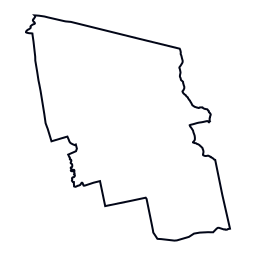 outline of Babaita, Teleorman, Romania
{"feature_id": "2599482B60473454525777", "entity_name": "Babaita", "entity_type": "district", "adm_level": 2, "iso_a3": "ROU", "parent_name": "Romania", "parent_adm1": "Teleorman", "projection": "albers", "projection_center": [25.418, 44.126], "detail": "fine", "context": "isolated", "style": "outline", "palette": "ink", "viewbox_px": 256, "rotation_deg": 0, "n_neighbors": 0, "source": "geoboundaries", "source_scale": "gbopen_adm2", "svg_char_len": 5377}
<svg xmlns="http://www.w3.org/2000/svg" viewBox="0 0 256 256"><path d="M179.7,48.7L139.2,38.8L70.9,21.9L65.6,21.4L64.1,21.1L48.0,17.4L44.5,16.5L39.0,15.7L36.5,15.5L34.6,15.4L34.9,15.7L35.0,16.0L35.1,16.3L35.1,16.9L35.0,17.1L34.3,18.0L34.1,18.6L33.3,19.2L33.1,19.5L32.9,20.2L32.9,20.5L33.3,21.2L33.5,21.6L34.0,21.9L34.1,22.1L34.3,22.2L34.5,22.5L34.8,23.0L34.9,23.4L34.8,23.6L34.7,23.7L34.5,23.9L34.0,24.1L33.6,24.2L33.2,24.4L32.6,24.6L31.9,25.1L30.9,25.9L30.7,26.1L30.6,26.4L30.5,26.7L30.7,27.0L30.7,27.4L30.6,27.8L30.5,28.0L30.4,28.2L29.4,28.9L28.9,29.3L28.3,29.5L27.4,30.1L26.7,30.7L26.4,31.1L26.2,31.4L26.1,31.7L26.0,31.9L26.0,32.3L26.5,32.6L27.2,32.8L29.0,33.2L30.8,33.3L31.3,33.3L31.9,33.4L32.4,33.5L32.6,35.3L33.5,41.5L35.2,56.6L35.3,60.6L37.2,71.9L38.5,80.5L39.4,84.8L40.6,91.1L44.3,114.0L45.6,123.2L47.1,127.3L47.6,128.5L48.7,132.1L51.5,141.3L65.9,137.0L67.4,136.6L69.0,140.3L69.4,141.5L70.3,142.8L71.1,143.4L72.6,144.2L74.7,145.1L75.8,144.5L76.9,148.6L76.0,151.2L68.2,154.6L69.4,157.2L69.7,157.3L69.8,157.5L69.9,157.9L69.9,158.5L69.8,159.1L69.9,159.3L70.0,159.4L70.1,159.5L70.5,159.3L70.9,159.7L71.1,159.9L71.3,160.5L71.3,160.8L71.3,161.1L71.0,161.8L70.7,162.5L70.7,163.0L70.8,163.2L70.9,163.4L71.5,163.7L71.9,164.1L72.1,164.3L72.3,165.8L72.2,166.5L72.0,166.8L71.9,167.0L71.8,167.3L71.6,167.4L71.4,167.5L71.0,167.4L70.8,167.6L70.7,167.9L70.8,168.2L70.9,168.5L71.4,169.2L72.0,169.5L72.1,169.8L71.9,170.1L71.5,170.2L71.1,170.2L71.0,170.3L70.9,170.4L71.1,170.8L71.1,171.0L71.3,171.1L71.7,171.2L73.2,171.2L73.4,171.0L73.6,170.8L73.6,170.7L73.4,170.3L73.4,170.1L73.5,169.9L73.8,169.8L74.1,169.9L74.2,170.0L74.3,170.3L74.4,170.5L74.4,171.2L74.3,171.8L74.2,172.7L74.3,172.9L74.5,173.1L74.6,173.6L74.6,173.8L74.1,174.2L74.0,174.3L74.1,174.6L74.8,175.1L74.9,175.4L74.9,175.6L74.6,176.4L74.2,176.9L73.9,177.1L73.4,177.1L73.1,177.2L72.3,177.7L72.2,177.9L72.3,178.1L72.0,178.6L72.2,179.3L72.2,179.6L71.9,180.7L72.0,180.9L72.7,181.6L72.8,182.0L73.3,182.3L73.5,182.3L73.6,182.1L73.9,182.1L73.9,183.2L73.9,183.5L73.9,184.4L74.0,184.8L74.1,186.1L74.1,186.4L74.9,186.7L75.6,186.8L78.0,185.7L78.4,185.7L79.9,185.1L80.2,184.9L80.2,184.7L80.7,184.2L80.9,183.9L81.3,183.3L81.5,183.0L81.6,182.8L82.0,182.7L82.3,182.8L82.8,183.4L82.8,183.6L82.8,184.0L83.4,184.8L83.4,185.2L83.5,185.4L83.6,185.6L83.8,185.7L84.0,185.7L84.3,185.7L84.8,185.6L93.6,182.7L96.8,181.9L100.0,181.1L101.4,187.8L105.2,206.1L131.6,200.7L145.7,197.7L146.6,199.0L151.9,225.0L152.9,230.1L153.3,232.6L155.2,235.4L157.4,238.8L158.1,238.9L161.3,239.1L174.4,240.6L176.9,240.4L188.9,236.9L194.0,233.6L199.8,232.6L207.9,232.2L213.1,232.3L216.6,228.7L217.7,227.9L218.9,227.8L224.1,229.5L224.2,229.4L224.7,229.3L225.1,229.3L225.5,229.6L225.9,229.8L226.3,229.7L226.9,229.6L227.4,229.5L227.6,229.2L227.9,229.1L230.0,228.7L222.3,194.8L215.2,159.9L214.3,159.6L214.0,159.4L213.5,158.8L213.1,158.5L212.6,158.1L211.5,157.5L211.2,157.1L210.7,157.1L210.5,156.7L210.3,156.6L209.7,156.5L209.5,156.4L209.2,156.1L208.8,155.9L208.3,155.7L207.8,155.7L207.6,155.7L207.4,155.8L206.9,155.9L205.5,156.0L204.8,155.9L204.0,155.6L203.3,155.3L203.1,155.1L203.0,154.8L203.0,154.5L203.4,152.6L203.5,151.9L203.4,151.2L203.3,150.6L203.2,150.1L202.9,149.6L202.9,149.2L202.7,148.9L202.4,147.9L202.3,147.7L201.8,147.4L201.0,146.5L200.2,145.9L199.6,145.2L199.3,145.0L198.7,144.6L197.7,144.1L197.2,144.0L196.9,143.9L196.3,143.4L195.8,143.2L194.8,143.1L194.4,143.0L193.0,142.4L193.0,142.2L194.2,140.9L194.7,140.0L194.8,139.6L194.9,139.3L194.9,137.8L194.8,136.8L194.6,135.5L193.5,132.5L193.3,131.8L193.1,130.8L193.0,130.5L192.2,129.3L191.3,127.9L190.7,127.1L190.2,126.5L190.0,126.1L189.9,125.7L189.7,125.4L189.7,125.2L190.6,124.8L193.2,124.2L197.3,123.0L199.1,122.6L201.4,122.3L203.0,122.0L206.5,121.2L207.2,121.1L207.8,121.1L208.1,121.4L208.7,122.2L209.0,122.3L209.9,121.3L209.7,121.1L209.7,120.6L209.6,119.4L209.7,119.2L209.7,118.9L209.7,118.7L209.6,118.2L209.8,117.9L209.9,117.7L210.0,117.6L210.0,117.0L210.1,116.7L210.1,116.2L210.4,115.8L210.5,115.5L210.7,114.7L210.7,114.3L210.5,113.9L210.0,113.4L209.9,113.0L209.6,112.7L209.0,112.3L208.9,112.1L208.9,111.5L208.9,111.3L208.9,111.2L208.5,111.0L208.2,110.6L207.9,110.3L207.8,109.9L207.5,109.5L207.2,109.3L206.8,109.2L206.3,109.2L206.2,109.2L205.2,108.9L204.4,108.8L203.2,108.1L202.5,107.7L202.4,107.4L200.9,107.4L199.6,107.5L199.2,107.9L198.3,108.0L197.8,107.7L197.4,107.6L196.6,107.5L195.7,107.1L194.6,106.8L193.1,105.7L192.5,105.4L192.4,105.3L191.8,104.0L191.4,103.4L191.1,102.6L190.9,102.3L190.3,101.6L190.2,101.3L190.1,101.1L190.0,100.7L189.9,100.5L189.6,100.3L189.1,99.8L188.8,99.2L188.3,98.6L188.0,98.1L187.9,97.6L187.7,97.3L187.4,97.1L186.8,96.6L186.4,96.3L186.0,95.7L185.9,95.4L185.6,95.1L185.0,94.7L184.5,94.4L184.0,93.8L183.7,93.6L183.3,93.2L182.6,91.9L182.5,91.6L182.5,91.3L183.0,90.8L183.3,90.2L183.7,89.8L183.8,89.4L184.2,88.5L184.3,88.0L184.3,86.9L184.2,86.4L183.8,85.4L183.5,84.2L183.1,82.9L183.1,82.0L183.0,81.8L182.6,81.4L182.0,80.8L181.4,80.4L181.1,80.1L180.9,79.6L180.6,78.1L180.0,76.9L179.9,76.4L179.9,76.1L180.0,75.1L180.3,73.8L180.5,72.8L180.5,72.2L180.4,71.7L180.2,70.7L179.8,68.9L179.5,68.2L179.4,68.0L179.4,67.6L179.4,67.4L179.5,67.2L180.4,66.0L182.1,63.3L182.5,62.5L182.6,62.0L182.7,61.0L182.6,60.5L181.9,58.0L181.6,56.6L181.3,55.5L181.1,55.0L180.9,54.6L180.7,54.1L180.7,52.9L180.8,52.4L180.7,51.8L180.5,51.0L180.3,50.1L179.7,48.7Z" fill="none" stroke="#020617" stroke-width="2"/></svg>